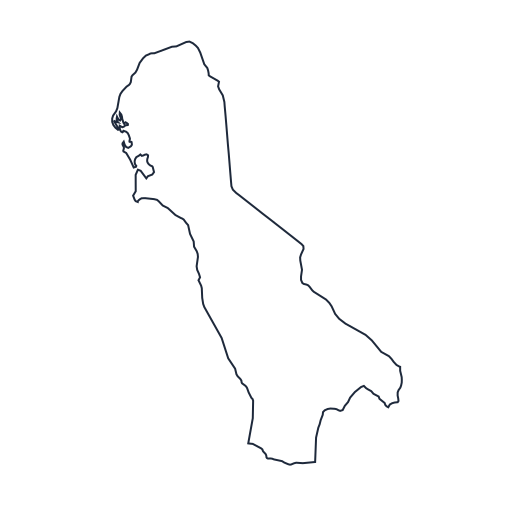 La Guajira, orthographic projection, rotated 280°
{"feature_id": "COL-1318", "entity_name": "La Guajira", "entity_type": "Department", "adm_level": 1, "iso_a3": "COL", "parent_name": "Colombia", "parent_adm1": "", "projection": "orthographic", "projection_center": [-72.284, 11.434], "detail": "fine", "context": "isolated", "style": "outline", "palette": "slate", "viewbox_px": 512, "rotation_deg": 280, "n_neighbors": 0, "source": "natural_earth", "source_scale": "10m", "svg_char_len": 3990}
<svg xmlns="http://www.w3.org/2000/svg" viewBox="0 0 512 512"><g transform="rotate(280 256 256)"><path d="M421.2,189.3L416.5,189.2L413.7,190.8L408.4,195.4L402.2,198.1L397.9,199.2L388.7,201.7L379.6,204.1L370.4,206.5L361.2,208.9L352.0,211.4L342.8,213.8L333.6,216.2L324.5,218.6L320.4,219.7L317.3,221.7L314.6,225.6L313.1,228.6L308.4,237.4L303.7,246.2L299.0,254.9L294.4,263.7L289.7,272.5L285.0,281.3L280.3,290.1L275.6,298.8L274.0,300.9L271.2,301.6L265.4,300.1L262.3,299.7L259.2,300.4L250.4,303.7L243.7,303.9L240.3,304.5L237.5,306.3L236.8,307.8L236.6,310.8L236.2,312.4L235.0,314.1L232.0,317.3L230.8,319.1L225.3,332.5L222.5,336.4L219.6,339.2L212.7,344.0L208.6,348.8L204.9,355.9L197.3,377.7L193.0,384.7L183.3,396.0L180.4,404.4L178.2,407.3L175.6,410.0L173.1,413.3L172.0,416.4L171.9,417.2L168.0,417.9L162.0,420.5L159.4,421.1L156.6,421.5L153.7,421.4L151.4,421.0L148.7,419.7L146.3,419.2L143.2,419.7L140.4,420.8L138.0,421.5L136.6,420.9L135.8,418.0L134.7,415.7L133.0,413.6L130.0,412.5L130.7,410.6L131.8,409.2L133.6,408.2L136.8,402.4L138.9,401.2L140.7,395.6L142.9,393.0L144.2,389.2L145.0,387.3L146.8,384.8L145.2,382.2L139.2,377.0L132.9,373.3L128.1,372.0L123.9,369.5L119.3,368.1L118.1,365.8L118.4,364.1L119.1,362.0L119.2,360.2L118.7,355.8L117.8,353.2L116.0,350.5L113.9,349.1L111.2,349.3L105.6,348.2L101.3,347.9L97.8,347.2L87.6,346.7L63.4,350.0L60.1,338.1L59.4,331.5L58.5,329.5L56.6,326.5L56.4,325.2L56.6,323.6L57.5,319.7L58.5,317.3L58.8,309.0L59.2,307.0L59.1,305.3L58.6,302.9L58.9,301.9L59.5,301.3L60.9,300.9L61.9,300.4L62.7,299.8L64.7,297.1L65.4,296.5L66.6,295.9L67.4,294.6L70.4,285.4L70.1,281.4L70.1,280.9L95.7,281.0L113.0,278.3L114.5,277.5L115.5,276.1L120.3,272.5L124.3,270.2L125.1,269.6L126.3,268.2L128.2,264.4L129.0,263.8L130.8,263.2L132.2,261.9L134.4,258.8L136.1,257.3L141.4,255.0L150.4,246.4L169.3,236.4L196.7,214.0L199.6,212.3L205.4,210.3L214.9,208.2L217.3,207.1L222.1,203.6L225.3,204.6L228.6,202.9L232.1,200.5L235.6,199.3L245.0,199.0L247.9,198.2L250.4,196.8L254.4,193.4L259.5,192.1L266.3,187.2L274.6,183.8L276.6,181.3L279.4,178.4L280.1,176.7L280.4,175.3L282.3,169.6L287.9,160.8L289.5,155.4L293.0,150.7L294.1,148.8L294.3,145.7L293.7,136.7L293.0,133.4L292.1,132.2L290.7,130.9L289.3,130.0L288.7,130.1L289.1,128.0L290.4,126.7L294.1,124.5L298.9,126.3L315.0,123.4L320.5,124.7L319.9,127.6L313.4,134.5L315.8,135.7L318.2,139.7L320.9,141.0L325.6,138.9L326.3,138.3L326.8,136.2L327.8,134.4L329.2,133.0L330.6,132.3L332.6,132.1L334.8,132.4L336.4,132.2L337.1,130.6L336.5,129.0L335.4,127.5L334.8,126.1L335.9,124.5L334.4,123.2L333.5,122.1L332.6,121.0L330.6,120.2L328.5,120.0L326.6,120.4L325.0,121.2L324.1,122.4L323.1,122.4L321.9,120.2L329.1,115.3L334.9,110.3L335.2,109.5L335.9,107.4L336.5,107.0L339.3,107.2L340.1,107.0L342.5,105.2L343.8,105.0L345.6,105.9L342.8,107.3L340.8,109.2L340.3,111.4L342.3,113.7L343.5,114.3L344.3,114.4L346.6,113.7L346.8,113.2L346.6,112.4L346.5,111.7L347.1,111.4L349.3,111.5L349.9,111.4L352.8,109.8L354.7,108.4L355.8,106.6L356.3,103.7L355.9,103.5L355.1,103.4L354.6,102.9L355.1,101.5L356.2,100.5L357.6,99.8L359.1,99.4L360.6,99.2L359.6,102.0L360.5,103.5L362.0,104.7L362.7,107.0L363.7,107.0L364.1,106.4L364.7,105.3L365.0,104.2L364.3,103.7L363.2,103.3L364.0,102.5L365.3,101.7L365.9,101.5L367.7,100.5L369.9,99.8L371.9,98.8L373.5,97.0L371.5,97.2L369.9,98.0L368.6,98.8L367.5,99.2L365.9,98.7L366.2,97.4L367.6,96.0L369.1,94.9L367.3,94.9L365.8,95.2L364.5,95.9L363.7,97.0L363.9,94.4L364.2,93.5L364.8,92.6L362.8,94.0L358.6,97.6L357.3,99.2L356.3,98.2L357.9,95.3L360.2,92.8L363.1,91.1L366.5,90.5L369.5,90.9L374.2,93.1L377.6,93.8L389.0,93.8L392.2,94.4L395.4,95.9L400.3,99.1L402.4,101.2L403.5,101.9L405.5,102.5L411.1,102.3L412.6,103.0L415.7,105.4L418.8,106.5L426.0,107.9L431.2,110.5L434.3,112.8L436.0,115.5L436.7,116.3L437.4,117.6L438.0,120.7L447.5,136.9L448.6,141.2L454.6,150.1L455.6,153.2L454.6,156.8L452.7,160.2L450.8,162.7L446.6,165.8L435.8,171.8L432.7,175.4L430.4,176.6L427.8,177.6L425.7,178.1L425.0,179.4L421.9,188.0L421.2,189.3L421.2,189.3Z" fill="none" stroke="#1e293b" stroke-width="2"/></g></svg>